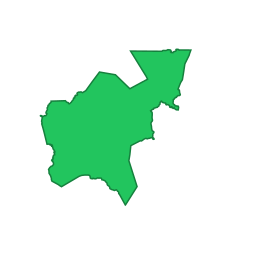 the district of La Iguala, Lempira, Honduras, rotated 62°
{"feature_id": "27666195B64546459971627", "entity_name": "La Iguala", "entity_type": "district", "adm_level": 2, "iso_a3": "HND", "parent_name": "Honduras", "parent_adm1": "Lempira", "projection": "albers", "projection_center": [-88.46, 14.683], "detail": "fine", "context": "isolated", "style": "filled", "palette": "green", "viewbox_px": 256, "rotation_deg": 62, "n_neighbors": 0, "source": "geoboundaries", "source_scale": "gbopen_adm2", "svg_char_len": 5595}
<svg xmlns="http://www.w3.org/2000/svg" viewBox="0 0 256 256"><g transform="rotate(62 128 128)"><path d="M184.0,147.5L157.3,142.6L152.3,138.8L144.9,133.8L145.0,123.3L145.5,122.6L145.8,122.0L145.3,118.5L145.5,117.3L145.6,117.0L145.9,116.8L146.6,116.1L146.7,115.7L146.8,114.7L147.3,113.5L147.3,112.3L147.6,111.6L147.8,111.4L148.1,111.3L149.5,111.2L149.8,111.1L150.0,110.7L150.1,110.3L149.8,110.1L149.1,110.1L148.6,110.3L148.0,110.7L147.8,110.6L146.0,109.5L144.9,108.9L144.8,108.7L144.3,107.5L144.1,107.3L143.8,107.1L143.3,107.0L142.9,107.2L142.1,107.8L141.6,107.9L140.7,107.7L139.4,107.3L137.3,106.4L135.1,105.8L134.4,105.3L133.9,104.8L133.3,103.4L132.9,102.9L132.3,102.6L130.8,102.2L129.6,101.6L127.7,100.4L126.6,99.9L126.2,99.6L125.3,99.4L124.6,99.6L124.3,100.0L123.6,100.0L123.4,100.0L123.4,99.1L123.1,98.2L123.3,96.9L123.3,96.6L123.2,96.4L122.8,96.4L122.7,96.1L122.8,95.1L123.1,94.2L123.2,93.1L123.5,92.4L123.2,91.7L123.1,90.5L122.9,90.3L122.1,89.5L122.1,88.9L121.9,88.5L121.6,88.3L121.0,88.1L120.4,87.5L120.2,87.1L120.4,86.8L120.4,86.7L120.0,86.2L119.9,86.0L120.0,85.8L120.1,85.7L121.7,85.5L121.8,85.2L122.0,84.9L122.5,84.6L122.8,84.4L123.0,84.1L123.2,83.6L123.7,83.1L123.9,83.1L124.2,83.1L125.0,83.5L125.4,83.4L125.6,83.2L126.1,81.7L126.4,81.5L126.9,81.3L127.3,81.0L127.5,80.9L127.8,80.9L128.9,81.3L129.1,81.3L129.4,81.2L129.6,80.9L129.5,79.7L129.7,79.4L129.8,79.3L130.1,79.3L130.5,79.8L130.8,79.2L131.1,79.1L131.6,79.1L131.9,79.0L132.0,78.8L132.0,78.6L131.8,77.8L132.8,77.7L133.8,77.3L134.2,77.1L135.0,76.3L135.4,75.3L135.5,75.3L135.6,75.2L135.2,74.8L134.8,74.6L133.9,73.8L132.7,73.4L132.3,73.4L132.1,73.6L132.1,74.0L132.0,74.3L131.4,74.5L131.0,75.5L130.6,75.8L130.2,76.1L129.5,75.9L129.0,76.3L128.6,76.4L127.8,76.7L126.4,76.1L125.3,75.2L124.5,75.0L124.2,74.5L124.2,73.7L124.0,73.4L123.8,73.2L123.4,71.7L123.4,71.4L123.6,71.3L123.6,71.1L123.6,70.7L123.1,70.1L123.0,69.2L122.8,68.7L123.3,67.8L123.5,67.3L123.5,66.8L123.3,66.4L123.1,66.2L122.8,66.1L121.0,65.8L120.3,65.5L118.8,64.9L118.3,65.0L118.1,65.4L117.7,65.6L117.2,65.6L114.0,61.9L112.6,60.2L110.9,57.3L105.8,53.4L98.1,47.7L92.5,39.9L91.2,38.7L88.7,35.9L83.3,45.9L83.4,46.1L83.2,46.4L82.7,46.4L82.3,46.6L81.7,47.4L81.3,48.2L81.2,48.6L81.3,48.8L82.0,48.6L82.2,48.8L82.3,49.5L82.5,49.8L82.5,50.1L82.4,50.6L82.2,51.3L82.2,51.9L82.2,52.3L82.2,52.5L82.6,52.9L82.5,53.1L81.6,54.5L81.1,54.7L80.9,54.7L80.9,54.2L80.6,53.8L80.0,53.9L79.3,53.8L79.1,53.9L78.6,54.4L78.4,54.9L78.0,55.5L77.6,55.9L77.6,56.8L77.4,58.1L77.2,58.5L76.0,60.6L76.0,61.4L76.2,61.7L76.2,62.0L61.3,89.6L91.2,87.7L94.1,87.8L94.2,107.9L91.2,108.9L75.1,114.1L65.2,126.9L70.6,138.4L75.2,147.7L75.3,148.9L75.4,150.9L75.5,151.4L74.9,152.0L74.3,152.3L74.0,152.6L73.7,153.9L73.5,154.3L73.2,154.4L73.1,155.6L73.1,156.1L73.3,156.5L73.5,156.8L74.8,156.9L75.0,157.0L75.2,157.6L74.8,158.2L74.6,158.6L74.5,159.1L74.6,159.4L74.8,159.7L75.5,159.8L75.6,160.2L75.6,160.8L76.2,161.0L76.4,161.1L76.4,161.4L76.1,161.8L76.1,162.1L76.4,162.4L77.1,162.7L77.4,163.1L77.5,163.8L78.0,164.8L78.1,165.2L78.7,166.0L78.8,167.0L79.1,167.9L79.1,168.5L78.9,168.7L78.7,168.9L78.5,169.0L78.0,168.9L77.5,168.9L77.2,169.1L76.7,169.8L76.3,170.1L76.1,170.2L75.1,170.3L74.5,170.5L68.2,183.3L68.9,183.7L69.2,184.0L69.4,184.6L69.6,186.0L70.3,186.7L70.4,187.1L70.5,187.3L70.4,187.7L70.5,188.0L71.4,188.6L71.7,188.9L71.9,189.2L72.3,190.0L72.6,190.1L73.6,190.3L73.8,190.5L74.3,191.0L74.9,192.1L75.8,193.1L76.1,193.3L76.4,193.4L76.6,193.3L77.0,192.9L77.4,192.9L77.6,193.1L78.3,194.2L78.5,194.6L78.5,194.9L78.4,195.2L78.1,195.6L77.9,196.0L78.0,197.1L78.0,197.3L77.6,197.8L76.1,199.0L76.0,199.3L76.1,199.6L76.3,199.6L77.7,198.8L78.1,198.6L78.5,198.6L78.7,198.8L79.0,199.2L79.9,199.9L81.4,201.1L82.1,201.3L83.3,201.5L83.5,201.7L83.8,202.2L87.2,202.9L91.2,203.8L104.3,207.1L105.0,205.6L105.3,205.2L105.5,204.9L106.3,204.8L106.4,204.6L106.3,204.4L106.6,204.3L106.9,204.2L106.8,203.9L106.5,203.7L106.8,203.5L107.1,203.5L107.3,203.1L107.6,203.0L108.0,203.7L108.3,203.9L108.4,203.7L108.5,203.3L108.7,203.2L109.0,203.5L109.3,203.6L109.8,203.6L110.1,203.7L110.6,203.7L111.3,204.0L111.6,203.9L112.1,203.7L112.8,203.7L113.2,203.6L113.4,203.6L113.5,203.9L113.8,204.1L114.2,204.0L114.5,203.8L115.0,204.8L115.5,204.4L116.1,205.1L116.6,205.1L117.2,205.3L117.1,205.7L117.1,206.2L117.2,206.6L117.4,206.9L118.1,207.4L118.5,208.1L119.4,208.0L119.5,208.4L119.9,208.8L120.2,209.0L120.6,209.2L120.9,209.4L120.9,209.6L120.5,209.7L120.3,209.7L120.2,209.7L120.6,210.5L121.7,210.5L122.3,210.3L122.6,210.3L122.8,210.1L123.1,210.0L124.8,210.6L125.1,210.8L125.6,211.8L125.9,212.6L125.9,213.2L125.7,214.0L126.0,214.6L126.1,215.3L126.3,215.9L126.6,216.3L127.1,217.3L127.3,217.6L127.6,217.7L128.1,217.7L128.7,217.9L130.6,218.8L131.0,219.0L132.0,218.9L132.5,218.9L133.1,218.8L134.5,218.9L136.9,219.4L137.4,219.8L137.8,219.9L139.2,220.1L144.2,216.8L145.4,216.0L146.6,215.5L148.6,214.3L147.7,193.7L148.1,191.1L149.3,188.1L151.2,184.7L151.6,184.5L152.7,184.1L153.1,184.2L153.6,184.4L154.3,184.8L155.5,184.3L155.8,183.3L156.1,183.2L156.3,183.0L156.3,182.9L156.1,182.7L156.1,182.3L157.2,181.2L157.6,180.5L157.8,179.8L157.8,178.4L157.9,178.0L158.7,177.2L158.8,176.6L159.7,175.2L160.0,175.1L160.3,175.1L161.5,175.4L162.1,174.5L163.8,173.1L165.6,172.8L166.9,172.4L167.2,172.5L168.2,172.9L168.6,172.9L169.1,172.8L170.2,172.2L170.7,172.0L171.9,172.0L173.0,172.4L173.6,172.1L174.3,171.5L175.1,171.0L175.4,170.5L175.8,170.0L176.7,169.5L176.9,168.8L177.0,167.6L177.2,167.2L177.5,167.1L178.9,166.9L179.8,166.4L180.6,166.5L181.3,166.9L181.6,167.0L182.0,166.9L182.4,166.7L194.7,166.5L194.6,166.1L184.0,147.5Z" fill="#22c55e" stroke="#15803d" stroke-width="1.5"/></g></svg>